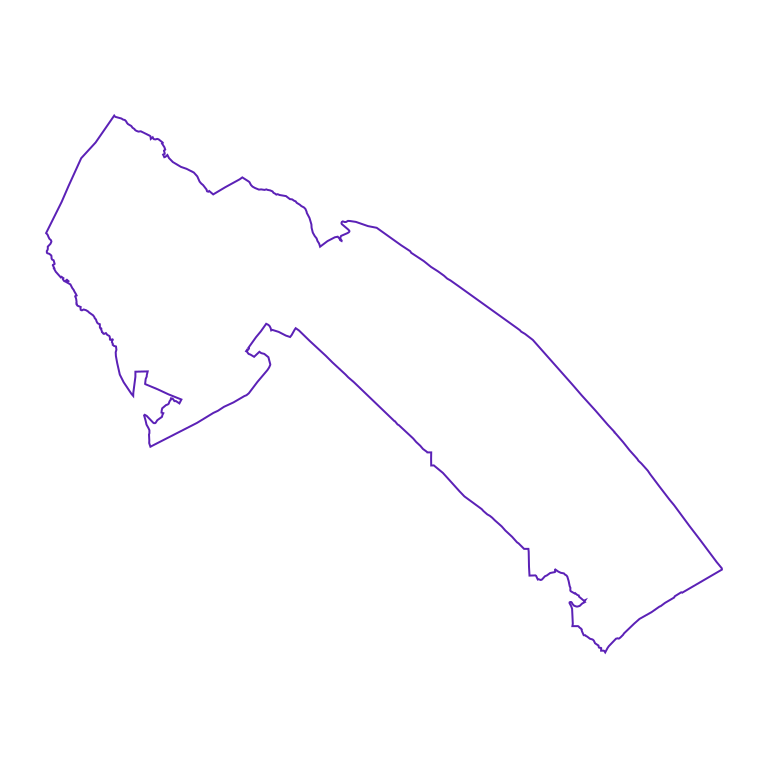 outline of Cristinesti, Botosani, Romania
{"feature_id": "2599482B10546697969723", "entity_name": "Cristinesti", "entity_type": "district", "adm_level": 2, "iso_a3": "ROU", "parent_name": "Romania", "parent_adm1": "Botosani", "projection": "albers", "projection_center": [26.378, 48.088], "detail": "fine", "context": "isolated", "style": "outline", "palette": "violet", "viewbox_px": 768, "rotation_deg": 0, "n_neighbors": 0, "source": "geoboundaries", "source_scale": "gbopen_adm2", "svg_char_len": 6049}
<svg xmlns="http://www.w3.org/2000/svg" viewBox="0 0 768 768"><path d="M699.8,539.5L689.6,526.2L674.1,505.2L669.7,499.9L659.5,486.6L650.3,474.4L647.8,470.7L641.4,463.5L638.5,460.8L637.1,458.7L629.5,450.2L623.0,442.0L615.3,433.1L614.5,432.5L614.6,432.1L607.8,424.8L595.5,410.6L581.8,395.5L572.4,384.6L532.8,339.9L525.0,333.9L521.1,331.6L520.0,330.3L517.3,328.3L458.6,286.2L450.4,280.4L447.2,278.6L444.0,275.7L437.9,271.3L431.0,266.9L423.8,261.1L411.2,252.8L410.2,251.2L401.2,245.3L376.7,227.8L368.0,226.1L355.9,221.9L349.9,221.0L348.0,220.9L346.0,222.0L344.6,222.0L342.8,221.4L341.9,221.9L341.6,222.5L341.5,223.4L341.8,224.1L348.2,229.5L349.3,230.7L349.4,231.5L348.9,232.2L347.5,233.1L341.1,235.9L340.3,237.7L340.5,238.8L341.7,240.7L341.6,241.0L340.2,240.2L339.4,238.5L337.7,236.7L334.8,237.3L327.5,241.1L320.1,246.7L319.1,243.5L317.5,241.0L316.6,238.4L314.7,236.0L312.8,232.6L311.6,227.8L311.4,224.4L309.5,218.0L306.8,212.9L306.6,211.7L305.4,208.9L303.9,207.4L301.4,206.1L299.8,204.7L296.7,202.8L295.6,201.3L294.2,200.8L292.2,199.4L289.9,199.1L286.0,196.1L279.6,195.0L277.7,194.2L276.3,194.6L275.5,193.9L273.5,192.8L272.5,191.4L270.2,190.4L267.6,189.9L266.4,189.4L264.5,189.9L261.2,189.4L258.9,189.6L255.0,188.0L252.5,186.6L250.9,184.9L249.5,182.2L248.7,181.5L242.3,177.4L239.7,179.3L225.3,187.2L213.2,194.4L209.2,191.0L208.3,191.7L207.1,191.3L206.8,190.7L206.6,189.6L203.1,185.1L201.2,183.5L199.6,181.6L197.3,176.4L193.8,172.5L186.5,168.8L181.0,166.9L172.9,162.1L169.0,158.1L167.4,155.0L165.4,156.8L164.3,157.2L163.1,154.6L164.7,153.8L164.5,152.3L164.1,151.3L164.0,150.6L165.2,149.6L164.4,147.2L162.0,143.5L162.8,142.8L162.6,142.5L160.2,140.6L158.7,139.4L157.6,139.0L157.1,138.9L155.6,139.4L154.0,139.2L153.4,138.7L152.7,137.3L150.8,138.9L150.5,136.4L149.9,135.8L140.8,131.3L138.4,131.6L136.3,130.8L135.1,130.0L134.4,129.0L132.5,127.7L131.3,126.0L128.0,124.1L126.8,122.7L126.2,121.4L124.8,120.0L123.1,119.6L121.4,118.5L115.5,116.9L114.7,116.3L114.2,115.6L95.6,142.5L81.2,158.2L68.5,186.1L61.6,202.0L46.1,233.1L47.5,234.6L48.8,237.6L49.5,238.9L50.8,240.0L51.4,241.3L51.2,242.2L50.4,243.9L47.8,246.6L47.8,248.9L47.6,249.8L46.8,251.1L46.9,252.7L47.3,253.2L49.4,253.9L51.2,255.4L51.4,255.8L51.6,258.6L51.8,259.0L52.2,259.6L53.6,260.3L54.6,263.7L54.5,264.1L52.9,264.9L52.8,265.2L54.3,268.2L53.9,268.4L55.8,271.8L60.8,277.4L61.5,276.8L63.3,278.1L62.8,278.6L62.8,279.1L64.0,280.9L64.6,281.3L65.1,281.2L66.9,279.8L68.4,281.1L66.7,282.3L70.4,284.4L72.3,288.1L73.6,289.8L74.4,291.5L76.0,294.2L76.6,295.5L75.3,296.1L75.2,296.5L75.9,298.0L76.2,299.2L76.6,302.2L76.3,302.9L76.4,303.4L76.9,304.1L76.6,304.5L77.5,305.7L80.7,307.0L80.5,308.4L80.7,309.8L81.3,310.2L82.0,310.3L83.7,309.5L86.0,310.2L88.0,311.4L89.1,312.5L93.2,315.4L94.6,317.5L94.8,318.4L95.6,319.0L96.2,320.0L96.3,320.7L97.2,322.7L98.3,323.7L99.8,324.2L99.9,327.5L100.5,328.5L101.1,328.3L101.3,328.5L101.3,329.9L101.8,331.1L102.0,332.2L102.8,332.6L103.1,333.4L104.0,333.9L105.9,333.1L107.3,334.9L109.2,335.9L109.6,336.4L110.0,338.5L109.9,339.2L110.2,339.8L111.2,339.9L112.2,339.3L112.7,339.5L112.8,339.8L112.2,340.6L111.9,342.1L112.8,343.8L112.7,344.8L114.0,345.9L116.0,346.5L116.4,349.8L115.7,352.2L115.9,356.0L117.2,363.1L119.8,374.6L123.7,382.3L131.4,393.8L133.2,395.9L133.3,392.9L135.4,376.8L135.4,371.7L147.7,371.4L146.8,375.0L146.7,376.6L145.7,378.9L145.1,383.9L145.2,384.1L157.9,389.4L168.4,394.3L181.4,399.5L179.4,403.4L175.8,401.0L174.8,401.2L174.2,400.9L173.4,399.5L172.5,398.6L171.0,398.3L170.9,398.6L171.3,399.3L170.5,399.9L169.5,401.4L168.7,403.7L167.7,404.5L166.0,405.1L162.2,408.3L161.7,410.4L161.5,412.6L163.3,413.2L162.4,415.0L162.0,416.8L157.3,420.2L155.6,422.8L155.1,423.1L153.9,423.1L153.2,422.7L146.7,415.9L144.7,414.8L144.1,415.4L145.6,420.6L146.5,424.6L148.4,428.0L149.4,430.2L149.4,433.2L149.0,434.5L149.3,440.4L149.2,443.1L150.4,446.7L197.0,422.9L213.4,412.9L217.9,410.8L224.0,406.8L233.5,402.4L244.3,396.1L246.5,395.2L248.8,393.3L257.5,381.8L267.4,370.1L269.1,367.5L270.2,365.0L270.3,364.4L268.4,357.2L264.3,353.9L261.2,353.1L259.4,351.8L254.1,356.8L250.3,354.5L249.0,354.1L248.3,353.6L247.0,351.7L246.1,351.2L247.0,349.9L247.5,350.4L249.0,348.5L249.0,347.9L248.5,347.7L256.0,337.2L260.8,331.4L266.2,323.8L268.4,324.9L269.7,326.2L270.7,328.3L271.2,330.4L272.4,329.9L278.7,331.9L285.9,335.6L290.1,337.0L291.6,335.1L294.7,329.6L295.7,328.2L299.0,330.5L309.9,341.1L325.8,355.8L332.3,362.3L345.5,374.5L348.2,377.3L353.9,382.2L394.4,421.1L394.9,421.2L397.6,424.5L398.8,425.1L413.2,438.5L416.2,442.0L420.3,445.8L422.9,448.9L427.1,452.0L427.3,452.4L431.2,452.4L431.1,458.6L431.2,465.5L433.8,465.4L442.9,472.9L459.6,491.4L464.4,496.4L481.7,509.1L483.5,511.1L487.3,514.4L489.8,515.8L492.2,517.7L494.8,520.3L501.7,526.4L505.3,530.5L512.1,536.8L517.0,542.3L518.6,543.4L524.1,548.9L528.4,548.9L528.7,551.8L529.0,566.7L529.5,575.6L535.4,575.4L536.1,575.9L537.8,579.5L538.5,579.2L540.8,580.0L542.0,579.5L544.9,576.3L546.9,575.4L550.2,573.0L554.8,572.1L555.2,571.7L555.0,569.8L555.3,569.5L558.3,571.6L560.8,572.8L563.9,573.4L565.0,574.6L566.4,575.4L567.3,576.6L568.6,580.9L569.7,586.2L570.4,587.8L570.3,590.2L570.7,591.2L574.9,593.6L575.2,593.2L577.4,595.0L578.8,595.5L579.0,596.6L583.6,600.5L584.0,600.7L585.3,600.1L584.3,601.7L584.8,602.1L582.2,603.5L579.7,605.9L577.7,606.5L576.3,606.5L574.1,605.7L572.6,604.1L571.8,602.6L571.3,602.1L570.2,602.0L569.6,602.4L569.5,603.0L569.8,603.6L571.3,606.5L572.1,608.8L572.8,623.8L572.4,626.1L577.7,626.1L578.5,626.4L579.7,627.7L580.8,628.4L581.7,629.4L581.5,629.7L582.1,631.6L583.7,635.2L585.4,635.3L585.8,635.9L587.2,636.6L589.9,638.7L592.6,639.5L593.2,640.0L593.8,640.6L595.1,643.3L598.5,645.6L598.7,647.0L599.2,647.7L601.0,647.9L601.2,648.1L601.1,650.7L603.7,650.7L604.3,651.0L605.2,652.4L607.5,648.1L608.8,646.2L616.0,638.7L617.6,638.3L618.6,638.6L619.1,638.5L620.5,637.4L623.1,634.8L624.0,633.4L634.2,623.6L639.5,618.9L651.6,612.1L659.6,606.5L660.6,606.2L665.0,602.9L674.2,597.5L674.6,596.5L674.9,596.2L681.2,592.3L681.6,592.3L682.2,592.7L721.9,569.6L721.8,568.3L716.6,562.0L699.8,539.5Z" fill="none" stroke="#5b21b6" stroke-width="2"/></svg>